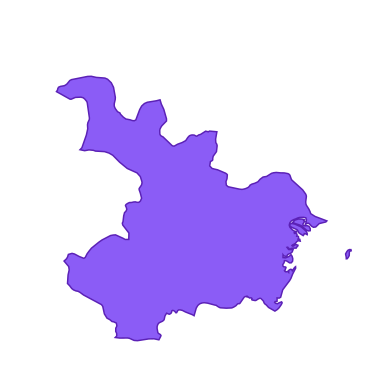 Cauca, Albers equal-area conic projection, rotated 167°
{"feature_id": "COL-1404", "entity_name": "Cauca", "entity_type": "Department", "adm_level": 1, "iso_a3": "COL", "parent_name": "Colombia", "parent_adm1": "", "projection": "albers", "projection_center": [-77.137, 2.145], "detail": "fine", "context": "isolated", "style": "filled", "palette": "violet", "viewbox_px": 384, "rotation_deg": 167, "n_neighbors": 0, "source": "natural_earth", "source_scale": "10m", "svg_char_len": 5913}
<svg xmlns="http://www.w3.org/2000/svg" viewBox="0 0 384 384"><g transform="rotate(167 192 192)"><path d="M67.1,133.5L68.3,132.7L75.2,132.6L79.3,130.1L81.6,130.3L83.2,131.8L84.4,134.0L85.3,135.2L86.6,135.6L88.8,135.0L87.7,136.8L86.7,139.2L86.9,141.3L89.2,142.3L92.9,143.0L94.4,143.0L97.4,142.4L98.7,142.3L101.6,141.6L103.6,140.0L104.7,137.9L104.6,135.8L103.9,134.4L102.6,132.4L100.9,130.7L99.2,130.2L99.2,129.5L101.5,129.5L101.5,128.6L100.0,128.3L99.3,127.5L99.3,126.5L99.9,125.4L98.7,125.1L98.3,124.4L98.5,123.4L99.2,122.2L98.1,122.0L97.6,121.7L97.6,119.8L99.6,120.7L101.2,120.0L102.7,118.8L104.3,118.2L106.1,117.8L106.7,117.3L106.3,116.7L105.3,116.5L103.4,117.4L102.4,117.4L100.7,116.3L101.1,115.5L102.4,114.7L103.1,113.9L105.8,114.5L107.9,114.7L109.6,114.3L110.8,116.0L111.1,116.7L111.9,116.7L110.8,114.2L106.5,113.1L107.9,111.0L109.7,110.1L111.4,109.9L112.9,109.5L114.3,107.9L116.4,108.8L117.1,109.5L117.4,110.3L118.1,107.6L115.6,106.8L112.0,107.3L109.6,108.6L108.9,106.9L108.8,104.3L109.5,102.0L111.1,100.7L112.7,100.9L113.7,101.8L114.7,103.0L115.9,103.9L117.2,104.3L117.6,104.1L117.7,103.3L118.3,102.3L119.9,100.8L120.0,100.4L119.9,99.1L119.5,98.5L117.9,98.0L117.4,97.5L117.5,96.9L118.1,96.5L118.7,95.0L119.6,94.5L119.1,93.5L118.3,93.0L117.4,93.1L116.5,92.9L115.9,91.9L115.6,92.9L115.9,93.5L114.7,94.2L113.4,94.5L112.4,94.1L112.0,92.7L109.0,95.4L107.9,95.9L108.1,94.5L112.4,89.4L115.0,85.6L116.7,83.8L125.6,76.3L129.3,69.5L131.0,69.0L132.9,69.7L133.7,66.4L134.5,66.4L135.6,66.6L136.3,65.9L135.6,64.7L133.8,63.9L132.0,64.5L129.4,64.8L129.1,63.7L130.5,62.0L133.3,59.5L135.3,58.3L138.0,57.3L143.4,62.3L145.0,65.2L146.2,66.6L146.7,67.7L146.9,69.4L147.3,70.3L148.8,72.7L149.7,73.2L151.5,72.9L154.0,72.0L154.9,72.0L157.8,73.3L158.0,73.9L157.5,74.6L157.6,75.0L158.4,75.7L159.0,75.6L159.8,75.8L161.7,78.0L162.0,77.4L162.7,77.9L163.6,78.2L164.8,77.8L170.4,72.7L171.1,72.5L172.1,72.8L172.8,72.7L174.8,71.3L177.2,70.5L179.3,70.1L184.7,71.1L190.4,72.8L191.2,73.3L193.1,75.1L193.8,76.1L195.0,76.6L201.8,80.2L205.1,81.4L207.2,81.6L209.1,81.4L210.3,81.0L211.9,80.1L214.0,77.9L217.8,71.0L219.3,72.4L225.4,76.6L228.0,78.8L230.1,79.8L231.6,80.1L232.6,79.6L234.1,77.9L234.8,77.9L235.7,79.6L236.6,80.6L237.5,81.0L238.2,80.9L238.5,80.6L238.7,79.8L239.8,78.5L241.3,78.0L242.0,78.2L244.0,79.6L245.8,77.8L246.5,76.8L247.7,74.2L248.4,73.4L249.9,72.7L252.8,72.1L254.1,71.6L255.3,70.4L256.3,68.6L256.7,66.8L256.9,62.7L256.5,61.8L254.9,60.2L254.5,59.2L255.0,58.3L257.5,55.4L262.0,57.5L267.2,58.6L278.6,59.4L281.8,60.4L286.0,63.6L287.8,64.3L295.2,65.9L299.5,67.5L297.7,68.7L297.2,71.3L297.7,73.3L296.9,76.5L295.8,77.7L295.3,78.7L295.2,81.3L297.5,83.1L299.1,83.8L300.7,86.0L303.2,88.2L304.8,92.9L304.7,100.6L305.5,102.6L320.8,116.0L323.9,119.6L325.4,120.9L327.3,121.7L329.4,123.2L330.9,125.0L332.3,128.2L333.9,130.8L331.4,139.1L329.2,143.7L328.9,147.1L332.2,153.5L329.4,155.1L328.0,156.5L326.5,159.0L322.7,159.2L320.4,158.0L316.5,154.6L312.3,151.7L310.8,152.2L308.0,155.5L305.3,157.8L302.6,159.9L294.2,164.0L290.5,165.5L281.2,167.9L278.4,167.8L276.1,167.4L269.7,162.5L267.8,160.8L264.3,160.0L262.7,166.2L266.9,175.4L266.9,177.3L265.9,178.6L263.9,184.2L262.3,187.2L260.9,187.9L259.4,189.8L259.5,191.9L259.9,193.6L259.6,194.2L258.8,194.8L257.2,195.4L255.4,195.8L253.2,195.4L251.1,195.4L249.3,195.1L247.9,194.3L246.0,193.9L244.3,194.8L242.5,197.3L242.6,202.6L243.0,206.1L242.7,207.3L239.6,210.2L238.6,212.2L238.5,213.8L238.9,218.7L241.3,223.0L249.8,229.5L255.8,237.3L260.9,245.6L264.1,248.6L268.1,251.0L276.9,253.6L278.7,254.8L282.9,256.2L287.3,256.4L291.6,258.4L289.3,259.9L282.1,271.3L279.4,277.0L278.7,281.0L277.9,282.9L275.7,285.8L275.3,287.3L274.0,302.6L274.2,303.9L275.5,306.6L276.8,308.3L278.9,309.4L284.3,310.4L288.8,309.6L290.0,309.9L301.5,320.3L300.2,321.5L299.5,322.9L298.5,324.1L296.5,324.5L292.7,324.3L291.3,324.6L289.5,325.4L286.0,328.1L284.1,328.6L267.7,328.1L264.1,327.4L259.5,325.2L251.2,322.6L248.9,320.9L246.1,316.6L244.9,311.7L245.4,301.5L246.0,299.4L247.9,295.5L248.4,293.4L248.3,291.9L247.9,290.3L246.5,287.0L244.4,285.2L244.2,283.9L242.1,280.4L240.0,278.0L236.1,276.3L234.2,275.1L232.3,274.4L230.5,274.9L224.4,284.1L221.7,287.1L218.5,288.9L215.4,289.5L206.2,288.9L202.4,289.0L202.1,284.5L200.9,278.9L200.4,269.0L200.9,266.9L206.5,263.3L207.8,262.0L209.1,260.4L209.6,259.2L210.3,255.7L210.1,254.7L209.6,253.8L209.1,253.2L207.9,252.3L200.9,241.6L200.1,241.1L199.0,240.7L195.3,241.8L190.5,242.4L186.9,243.4L186.2,243.8L183.9,246.0L182.5,247.0L181.7,247.4L180.5,247.6L179.2,247.6L177.1,247.0L175.2,245.4L174.5,245.4L172.6,246.1L170.7,246.2L165.0,248.2L162.6,247.0L161.2,247.4L154.2,245.1L157.1,238.2L157.7,234.8L157.1,233.0L157.1,231.4L159.1,225.8L163.3,222.1L164.2,220.2L164.6,218.6L165.2,218.1L167.2,217.5L168.9,213.5L167.2,210.5L165.0,209.3L162.1,207.9L155.1,202.8L154.1,201.7L153.7,200.8L154.9,197.1L156.6,194.4L157.0,190.9L155.6,189.0L145.3,184.2L143.1,183.4L141.9,183.2L140.1,183.2L138.7,183.3L136.0,183.9L134.4,185.0L134.1,185.5L132.0,186.2L128.8,186.4L125.5,187.1L122.8,189.1L119.4,190.6L115.8,190.4L110.3,192.3L108.2,192.4L105.5,192.1L101.3,190.7L97.7,189.8L94.3,188.3L93.2,187.2L92.8,186.2L92.4,182.4L92.1,181.3L83.7,169.2L81.7,164.4L81.5,163.3L81.5,162.2L81.8,161.2L83.3,157.2L83.6,155.8L83.7,154.5L83.5,153.3L82.0,149.1L81.4,146.4L81.2,144.2L77.6,140.5L67.1,133.5ZM98.3,131.8L102.8,135.2L104.3,136.9L103.8,138.7L101.8,138.9L98.8,137.4L93.5,133.4L90.3,129.1L89.6,127.8L89.2,126.4L89.1,125.1L89.4,124.5L90.7,125.7L92.0,126.2L92.3,125.5L93.5,124.5L96.8,127.8L97.2,128.7L97.8,130.9L98.3,131.8ZM87.1,127.8L88.8,128.8L93.1,134.6L94.9,135.9L98.8,138.2L100.7,139.7L98.0,141.5L94.4,141.7L90.9,140.8L88.8,139.7L89.6,139.0L88.8,138.1L91.2,135.8L91.1,134.4L89.6,133.6L87.5,133.4L85.7,132.2L85.0,129.7L85.5,127.7L87.1,127.8ZM54.1,93.5L55.7,92.1L56.7,92.2L56.4,93.8L56.3,97.1L54.6,99.0L53.3,100.1L51.6,100.5L50.1,100.1L50.1,98.9L52.0,98.7L53.1,94.7L54.1,93.5Z" fill="#8b5cf6" stroke="#5b21b6" stroke-width="1.5"/></g></svg>